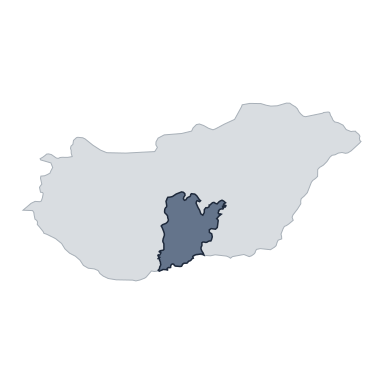 where Bács-Kiskun sits in Hungary
{"feature_id": "HUN-3161", "entity_name": "Bács-Kiskun", "entity_type": "County", "adm_level": 1, "iso_a3": "HUN", "parent_name": "Hungary", "parent_adm1": "", "projection": "natural_earth1", "projection_center": [19.36, 46.529], "detail": "fine", "context": "in_parent", "style": "filled", "palette": "slate", "viewbox_px": 384, "rotation_deg": 0, "n_neighbors": 0, "source": "natural_earth", "source_scale": "10m", "svg_char_len": 5393}
<svg xmlns="http://www.w3.org/2000/svg" viewBox="0 0 384 384"><path d="M323.6,112.5L328.3,112.0L328.5,112.1L329.6,112.4L330.5,115.3L330.6,115.5L331.8,117.4L332.9,120.0L334.6,121.9L338.2,122.7L343.0,125.1L346.2,129.6L350.9,131.5L351.2,131.6L352.1,131.3L355.5,131.2L356.1,132.1L358.8,134.3L359.9,136.2L359.4,138.3L359.9,140.6L361.0,141.4L359.7,143.0L351.2,150.8L347.8,152.9L345.5,153.3L342.0,152.5L338.3,153.1L335.0,154.8L332.0,155.3L329.8,157.3L326.9,161.6L323.3,165.2L319.6,167.4L317.7,169.5L317.6,176.4L315.6,178.4L312.8,180.4L311.4,182.2L307.3,192.7L304.2,196.1L301.2,198.7L300.7,201.1L300.8,203.8L297.4,209.2L293.0,214.9L292.1,217.2L293.2,220.3L288.9,223.9L286.4,225.6L284.4,226.4L283.1,228.7L281.0,234.1L281.6,236.6L281.7,238.9L278.1,240.2L277.0,242.7L276.1,245.7L274.6,247.1L270.5,249.7L260.3,248.6L256.5,249.4L255.4,251.3L255.1,252.7L253.9,254.1L251.5,255.8L249.2,256.6L243.9,254.5L232.5,256.6L230.5,258.2L228.9,257.1L226.5,256.1L215.1,254.8L210.6,255.8L204.6,255.4L199.0,254.3L194.8,255.2L191.2,259.6L189.4,261.0L187.9,261.9L184.8,263.3L182.2,264.9L178.7,266.1L175.6,266.0L172.6,264.1L171.5,264.5L170.6,266.2L169.0,267.7L164.6,269.5L163.5,269.5L163.2,269.5L159.8,270.8L154.2,271.5L151.4,271.0L146.3,277.0L144.8,278.1L139.9,280.0L135.9,280.9L132.5,280.1L131.2,280.1L116.1,279.8L108.2,278.5L103.2,276.1L99.9,273.5L98.2,270.6L94.3,268.9L88.2,268.2L83.4,265.4L80.0,260.2L75.4,256.2L69.6,253.2L65.0,249.0L61.6,243.5L55.5,238.6L46.6,234.2L43.9,233.3L43.4,231.9L39.1,226.5L37.3,224.5L37.5,221.8L36.6,220.3L35.0,219.2L34.2,215.3L33.8,212.4L32.6,210.6L23.0,210.2L31.1,203.3L35.1,201.4L39.7,201.7L41.2,201.1L41.6,200.1L42.4,197.8L42.8,195.7L43.2,193.7L42.7,192.6L40.5,192.2L39.5,187.3L40.7,185.5L41.8,184.2L40.5,178.2L40.9,176.1L44.5,175.8L47.5,174.5L50.0,173.1L50.7,171.3L52.7,167.5L50.9,162.9L40.6,159.9L40.1,158.7L42.5,157.4L45.1,155.5L46.6,154.1L48.6,153.9L51.4,154.6L56.3,158.0L58.2,158.4L60.1,157.5L62.1,157.3L67.6,157.4L72.2,156.6L71.2,153.1L71.2,150.5L70.5,148.4L71.0,146.1L72.9,144.4L73.5,140.4L76.4,137.7L77.8,137.3L82.9,137.8L84.1,138.5L84.8,138.7L92.9,145.2L100.5,150.1L106.8,152.7L116.1,152.9L125.9,153.1L142.3,152.2L154.7,151.6L155.5,150.4L157.4,147.4L155.9,144.9L156.0,141.9L158.1,138.1L164.2,134.9L181.6,133.5L191.6,131.1L193.1,127.9L196.4,124.6L199.4,124.0L203.6,125.5L208.6,128.3L213.0,129.8L215.6,128.8L224.4,124.1L234.6,119.4L241.5,106.8L242.2,104.8L249.8,103.4L260.9,103.6L266.5,105.3L270.8,106.1L277.2,105.8L286.4,103.1L289.8,103.2L292.5,105.1L295.4,106.8L297.4,108.8L298.9,111.7L299.7,112.7L301.0,114.2L303.3,116.2L305.6,116.7L322.6,113.2L323.6,112.5Z" fill="#d9dde1" stroke="#a8b0b8" stroke-width="1"/><path d="M203.9,255.0L202.8,254.4L201.8,254.1L200.7,254.0L197.8,254.5L196.7,254.5L195.8,254.7L194.6,255.2L193.4,255.8L192.7,256.6L192.8,257.1L193.1,257.7L193.3,258.2L192.0,258.8L191.6,259.3L191.3,259.7L191.0,260.2L190.1,260.8L189.7,260.9L189.2,261.0L188.5,261.3L188.1,261.8L187.7,262.5L187.2,263.0L186.4,263.2L184.5,263.2L183.6,263.4L183.2,263.7L182.6,264.1L182.2,264.9L182.0,265.7L181.4,266.3L180.0,266.5L175.6,266.1L174.5,265.6L173.8,264.3L172.7,263.9L171.5,264.4L170.7,265.6L170.6,267.5L169.8,267.7L168.5,267.5L167.3,268.3L167.1,268.5L167.1,269.0L167.5,269.5L167.6,269.8L167.6,270.0L167.3,270.1L166.3,269.7L163.2,269.5L162.5,269.6L162.0,270.1L161.4,270.3L160.4,270.6L159.6,271.1L159.3,271.1L158.2,270.2L159.4,268.9L159.7,267.0L160.4,265.8L160.8,264.4L160.5,263.5L160.4,261.9L159.6,260.4L159.6,259.5L159.3,258.8L158.4,258.7L157.5,258.8L158.6,258.2L159.7,257.3L158.6,256.8L157.9,255.5L158.3,254.8L159.1,255.2L159.9,254.8L160.9,252.8L160.6,252.0L160.0,252.2L159.4,252.0L159.2,251.6L159.4,251.3L160.3,250.7L163.1,250.2L163.9,249.5L163.9,244.1L163.7,243.3L163.0,242.0L162.8,241.0L163.2,238.7L164.4,235.3L164.3,233.4L163.6,231.3L162.1,227.5L161.2,226.0L162.5,224.7L165.9,223.4L167.4,222.1L168.1,220.9L168.4,220.0L168.2,219.1L167.7,217.7L167.7,217.1L167.6,216.4L167.5,215.8L167.2,215.5L167.1,215.2L166.2,214.2L165.8,213.8L164.9,212.9L164.7,212.5L164.6,212.0L164.6,211.1L164.7,210.1L164.8,209.3L165.2,208.4L165.7,207.6L166.2,207.3L166.6,206.8L166.7,205.6L166.3,202.9L166.1,201.8L166.0,201.2L166.2,200.8L166.4,200.4L166.7,200.0L166.7,199.4L167.8,197.3L170.1,197.1L172.5,196.5L176.2,194.0L181.6,191.9L183.4,192.3L184.8,193.6L185.0,195.4L183.8,197.1L183.4,198.9L184.4,200.3L185.9,199.8L187.0,198.0L188.4,197.1L189.9,196.6L190.5,195.7L190.7,194.5L191.4,193.7L194.8,194.1L196.7,195.7L199.4,199.7L200.6,200.7L199.6,201.7L197.1,200.6L196.4,201.7L196.1,203.2L197.0,205.2L198.0,207.5L199.6,210.2L200.8,213.8L202.8,215.2L204.3,212.5L204.3,209.7L205.8,207.7L207.6,207.7L209.1,206.7L209.2,205.0L210.2,204.9L211.1,203.9L212.5,202.7L214.0,202.4L215.5,203.4L217.1,203.9L219.2,201.6L220.6,200.8L222.0,200.2L223.7,201.1L225.6,202.8L223.8,203.9L223.5,204.4L223.8,205.0L224.6,205.2L225.4,205.3L225.9,205.5L225.9,205.9L225.1,207.1L224.6,207.0L223.7,206.3L222.6,206.2L222.6,207.2L223.6,207.8L222.9,209.0L221.3,208.9L219.6,209.5L218.6,210.8L218.9,211.0L218.2,212.6L218.4,213.5L219.1,214.0L220.0,213.8L221.3,214.2L218.9,216.1L216.7,218.7L217.7,219.4L218.2,220.6L217.3,227.5L215.5,229.2L211.2,228.6L209.3,229.8L209.4,232.4L211.7,233.8L212.3,236.8L211.5,239.7L210.8,241.0L209.7,240.9L208.2,241.4L206.8,242.3L205.3,242.4L204.0,242.0L202.8,242.1L201.8,242.8L201.9,244.3L201.9,245.7L201.1,247.1L201.0,248.9L201.9,251.1L203.2,253.1L203.9,255.0Z" fill="#64748b" stroke="#1e293b" stroke-width="1.5"/></svg>